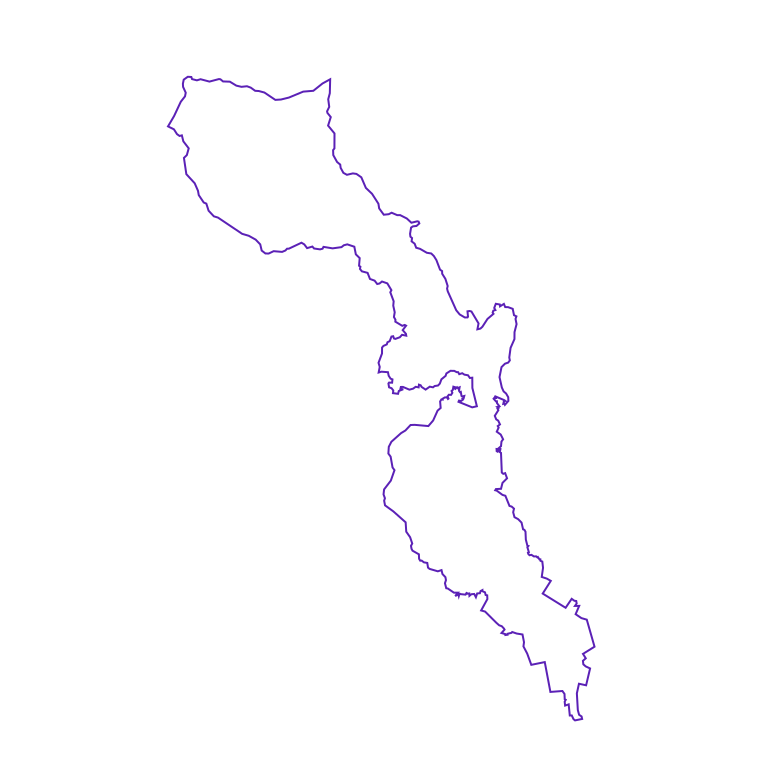 Gura Raului, Sibiu, Romania (Mercator projection), rotated 103°
{"feature_id": "2599482B41603042595188", "entity_name": "Gura Raului", "entity_type": "district", "adm_level": 2, "iso_a3": "ROU", "parent_name": "Romania", "parent_adm1": "Sibiu", "projection": "mercator", "projection_center": [23.906, 45.675], "detail": "fine", "context": "isolated", "style": "outline", "palette": "violet", "viewbox_px": 768, "rotation_deg": 103, "n_neighbors": 0, "source": "geoboundaries", "source_scale": "gbopen_adm2", "svg_char_len": 6164}
<svg xmlns="http://www.w3.org/2000/svg" viewBox="0 0 768 768"><g transform="rotate(103 384 384)"><path d="M99.2,505.0L105.0,511.5L114.2,518.8L117.3,528.5L126.3,541.1L130.0,548.4L131.6,553.8L126.9,566.1L126.7,571.9L127.3,575.5L125.2,580.5L124.7,584.5L126.5,589.7L126.5,595.0L124.1,602.2L125.4,608.9L123.9,611.9L124.0,613.4L128.6,622.1L128.3,631.3L130.2,634.6L130.1,639.6L128.2,640.8L128.8,644.3L132.5,647.6L136.7,647.5L139.7,646.6L144.8,642.7L148.5,642.6L154.7,645.5L170.1,648.8L181.6,652.4L183.1,646.0L187.1,641.9L188.3,639.0L187.2,636.9L192.7,634.1L198.3,627.3L205.3,627.6L208.7,629.8L224.0,623.8L231.0,613.6L237.6,608.7L241.6,607.0L247.7,600.5L248.2,597.7L254.6,593.9L258.9,587.5L259.2,583.2L269.6,556.0L270.0,549.1L272.2,541.5L275.8,536.0L281.5,533.2L283.5,528.9L282.8,525.7L279.4,521.4L278.2,513.0L276.1,510.1L274.0,508.9L273.5,507.1L264.9,496.2L265.9,493.1L268.9,489.5L266.2,484.7L267.7,482.6L267.2,476.6L266.0,474.3L264.0,473.8L263.4,464.6L260.2,456.2L257.9,454.4L256.2,451.2L256.9,443.8L264.0,440.6L266.8,436.0L274.4,434.9L275.0,433.4L277.3,433.3L279.2,430.9L279.4,425.0L284.8,421.3L285.4,416.4L288.1,413.1L287.1,411.0L284.6,409.0L285.2,403.4L290.9,397.9L293.2,398.5L301.2,393.2L305.6,392.6L311.7,389.7L316.5,389.4L318.8,387.3L320.7,387.0L323.2,379.3L321.8,377.1L322.2,375.6L327.3,377.9L330.2,373.9L331.9,373.2L332.0,377.5L334.9,379.1L337.5,383.1L337.4,384.5L335.4,385.8L336.1,387.4L341.0,388.1L342.5,390.0L344.8,390.2L347.0,393.1L348.9,394.1L354.7,392.8L364.6,394.1L368.3,392.0L374.0,391.8L372.6,389.3L371.6,382.8L374.9,381.3L377.3,378.8L377.6,376.8L380.9,376.4L381.5,379.4L382.5,379.8L386.1,378.3L386.4,375.7L388.2,373.5L390.9,373.2L390.4,368.1L387.5,368.0L384.8,364.1L385.1,366.9L383.1,366.9L382.6,364.8L383.8,358.0L382.0,354.6L379.6,352.5L379.5,349.5L376.8,349.8L377.0,348.0L378.4,346.7L380.1,342.2L376.3,338.8L376.2,335.5L374.6,334.2L373.3,331.0L371.1,329.7L366.5,329.1L362.2,325.8L359.7,325.6L356.2,322.2L355.4,318.5L356.1,315.9L355.8,314.4L357.5,312.9L355.9,310.2L356.8,307.8L356.6,304.1L358.8,301.7L358.0,299.4L368.0,297.0L384.8,288.5L386.9,292.8L384.6,307.4L383.3,307.2L383.1,305.0L381.5,303.6L380.7,304.2L380.2,303.2L377.6,303.1L378.6,305.0L378.2,305.8L374.4,307.4L374.9,308.1L373.7,309.4L370.2,309.6L370.8,310.5L372.0,310.3L370.7,312.1L372.8,313.4L372.3,314.5L371.1,314.3L371.0,315.8L374.2,315.6L375.6,316.6L377.2,315.4L379.5,316.2L379.9,318.4L381.8,319.3L383.7,317.9L384.2,318.3L382.9,319.6L383.4,321.7L385.1,323.5L386.0,323.3L386.1,324.6L388.4,325.4L394.6,323.4L397.9,325.8L408.5,327.9L415.0,331.3L416.9,344.9L418.0,348.9L424.5,352.7L428.0,356.3L438.6,363.8L444.1,365.2L450.8,364.1L453.3,361.2L463.4,356.9L465.6,354.4L476.6,355.6L486.7,360.2L491.7,359.6L495.1,357.4L497.7,357.6L502.0,355.7L506.0,346.3L513.9,331.8L522.9,329.1L527.4,324.1L533.1,320.6L535.6,321.3L538.4,320.1L540.0,318.7L542.1,311.7L546.4,310.5L548.0,309.0L547.6,307.6L548.8,305.0L548.6,301.6L553.0,299.8L553.9,298.0L554.4,289.4L552.4,286.1L556.0,284.3L558.4,280.7L561.2,279.5L564.4,279.8L569.0,277.4L568.9,275.9L571.6,268.9L570.7,265.0L574.6,266.9L572.2,264.2L573.8,263.4L570.7,263.2L571.6,262.8L570.9,257.2L568.2,256.3L569.9,256.4L568.9,253.8L571.2,253.1L569.2,251.6L568.3,248.9L571.1,246.5L567.1,246.1L566.3,243.5L564.0,243.3L562.7,241.8L563.7,241.6L564.3,238.7L566.7,237.5L566.7,235.9L570.3,234.9L582.8,238.4L583.0,234.3L591.4,220.8L593.2,217.5L593.5,214.8L595.3,212.1L596.2,211.3L600.2,213.5L600.4,209.7L601.3,209.3L600.5,207.2L599.6,207.5L597.8,203.8L596.8,203.3L597.3,198.6L596.9,192.7L604.1,189.5L608.3,189.1L614.5,183.8L624.5,177.3L618.8,164.8L646.6,152.6L643.0,141.1L645.4,138.4L650.5,137.0L650.8,135.9L652.9,136.5L656.6,135.2L654.6,132.0L665.2,128.4L664.7,126.5L667.9,124.0L668.8,122.2L665.8,115.6L663.5,116.7L662.4,119.5L658.1,121.8L642.0,126.5L632.2,126.6L632.1,119.3L614.8,119.2L613.8,123.9L612.3,126.7L609.0,127.9L605.9,125.7L602.2,129.4L592.6,119.8L568.0,133.4L567.7,139.0L565.2,145.5L556.3,143.9L557.3,148.0L554.5,146.9L552.2,147.9L552.4,149.7L551.1,152.8L561.2,156.7L552.5,182.2L538.3,177.2L537.0,181.6L536.5,186.9L527.3,187.7L521.4,189.8L521.1,191.7L519.7,192.2L520.0,193.0L518.0,195.1L518.5,195.5L517.7,197.0L518.3,199.1L517.3,201.9L518.1,203.7L517.1,205.2L516.0,205.8L515.3,205.0L510.8,207.6L509.4,206.9L509.3,207.9L503.7,210.8L496.1,212.9L494.5,214.4L494.3,215.8L488.1,218.8L485.5,222.9L484.4,226.9L479.9,229.3L476.2,229.3L474.7,232.1L474.6,234.3L465.6,240.6L465.4,243.6L462.5,250.3L462.5,251.7L461.2,251.3L459.8,246.4L453.7,246.3L448.2,242.9L443.6,245.9L444.7,247.6L443.8,249.3L424.8,254.5L424.3,255.9L420.3,255.9L424.4,258.1L424.1,259.1L422.0,259.7L421.9,258.7L418.3,256.0L413.6,256.6L411.1,255.5L407.0,258.9L405.1,263.4L400.7,262.5L399.4,263.7L397.3,261.9L394.0,264.5L393.2,266.7L390.1,268.9L383.8,266.7L382.4,267.9L381.6,267.1L380.9,268.5L379.8,266.5L377.2,269.6L375.5,270.1L375.8,270.9L373.7,273.9L372.9,273.5L372.2,270.8L371.7,273.0L371.0,272.8L372.7,263.1L373.2,262.0L374.0,263.3L376.5,263.3L376.0,262.3L377.1,261.5L372.5,259.0L368.9,260.0L365.8,262.9L364.3,265.8L360.9,268.4L351.3,273.0L341.1,273.3L337.0,270.7L335.2,267.8L332.7,266.7L330.0,267.9L320.3,268.8L310.9,267.0L304.1,268.5L295.8,268.3L291.0,270.5L288.3,270.2L287.7,272.8L281.8,275.5L281.2,280.5L281.8,283.2L279.0,285.2L282.2,288.4L280.5,289.0L280.7,293.1L285.1,293.7L286.9,292.1L288.0,294.0L290.0,294.2L291.0,293.1L297.3,297.8L306.1,301.0L308.3,302.5L309.7,305.3L303.7,305.5L293.7,315.1L293.6,317.0L294.4,319.0L299.5,317.3L300.3,317.6L301.0,320.2L299.2,325.9L295.9,330.2L279.4,342.7L276.9,344.0L274.2,344.0L267.8,347.8L263.5,352.1L260.9,352.8L260.0,355.1L251.5,360.8L248.1,364.2L246.2,367.3L246.5,371.8L244.2,379.3L244.0,383.3L240.4,385.7L238.8,389.2L235.5,389.5L234.5,391.4L231.8,392.4L225.5,392.8L223.9,391.3L222.7,387.9L219.6,385.7L218.0,386.8L218.0,388.2L220.7,393.6L217.6,399.0L215.8,406.3L216.5,409.1L215.4,415.1L217.5,417.6L219.1,422.3L214.0,428.2L209.6,430.0L201.4,438.4L197.0,445.8L187.7,452.6L185.5,458.1L185.8,461.7L188.5,467.2L187.4,471.1L183.1,474.9L180.1,476.0L178.2,479.7L172.4,484.9L167.6,486.2L165.6,485.3L151.0,488.6L144.8,496.6L135.9,495.9L132.6,500.1L131.1,500.8L126.3,499.7L119.1,502.4L112.9,502.2L99.2,505.0Z" fill="none" stroke="#5b21b6" stroke-width="2"/></g></svg>